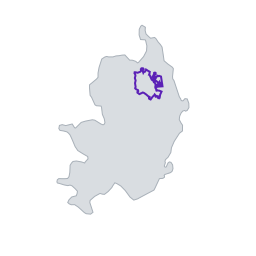 Switzerland, with Fribourg highlighted, rotated 121°
{"feature_id": "CHE-3421", "entity_name": "Fribourg", "entity_type": "Canton", "adm_level": 1, "iso_a3": "CHE", "parent_name": "Switzerland", "parent_adm1": "", "projection": "albers", "projection_center": [7.007, 46.724], "detail": "medium", "context": "in_parent", "style": "outline", "palette": "violet", "viewbox_px": 256, "rotation_deg": 121, "n_neighbors": 0, "source": "natural_earth", "source_scale": "10m", "svg_char_len": 3997}
<svg xmlns="http://www.w3.org/2000/svg" viewBox="0 0 256 256"><g transform="rotate(121 128 128)"><path d="M182.4,82.5L183.7,83.2L186.8,85.9L186.2,90.6L183.0,98.2L181.4,104.3L181.4,109.0L181.8,111.1L182.4,111.1L185.7,111.3L187.4,111.2L192.7,112.3L197.0,114.0L197.9,115.9L198.5,118.3L203.7,121.3L209.5,123.2L211.5,122.4L218.3,114.6L221.1,115.7L223.0,119.7L223.0,121.8L221.4,129.9L221.2,134.3L223.0,137.1L223.3,139.3L222.9,141.3L220.0,141.6L216.1,140.7L212.7,137.4L210.3,137.9L208.2,138.8L207.2,142.2L206.4,146.2L206.8,148.3L208.4,149.9L209.7,153.5L210.8,158.1L211.5,160.2L210.8,161.2L208.8,161.9L207.1,161.3L203.9,155.9L202.4,153.8L200.1,153.5L196.0,155.0L189.8,158.4L187.2,158.4L185.0,157.9L182.9,155.3L181.0,150.3L180.3,147.1L179.1,147.2L175.1,146.4L173.2,147.8L173.3,153.0L173.2,159.4L171.2,163.7L165.8,171.1L163.7,174.3L163.0,176.6L162.8,178.5L163.8,181.9L165.1,185.1L164.1,187.0L161.1,188.1L159.0,186.1L158.0,182.6L153.3,177.9L155.3,173.9L155.0,172.9L147.3,171.0L144.0,168.0L139.3,162.8L138.4,160.5L138.5,153.1L138.2,151.3L137.5,150.4L135.3,150.5L132.3,153.1L129.5,157.0L123.7,161.5L123.1,162.4L125.2,166.6L125.1,168.3L120.4,175.1L119.5,177.3L113.5,181.6L110.8,183.2L102.3,180.2L100.0,179.8L96.3,182.0L91.0,184.0L82.4,186.0L79.2,184.5L77.7,183.2L77.0,181.1L74.8,177.5L72.4,175.4L70.7,173.0L68.5,170.5L67.0,168.3L69.0,161.5L67.6,159.1L66.9,155.7L67.3,153.4L66.5,152.8L58.8,151.4L52.4,151.8L47.9,154.1L44.1,157.8L43.6,158.6L43.9,159.3L45.7,162.8L42.5,166.4L37.6,169.2L34.2,169.5L32.7,168.9L32.7,165.0L35.5,163.6L38.1,161.0L39.0,157.4L39.4,154.9L36.7,151.8L37.1,149.9L38.8,146.4L39.8,143.2L41.1,140.5L46.4,136.1L51.8,131.7L52.6,126.9L53.1,121.1L53.8,119.7L61.0,116.3L62.8,115.0L63.7,113.0L69.3,106.5L74.8,100.1L75.9,97.9L76.9,96.7L76.9,95.6L76.2,94.8L73.5,94.3L72.6,92.2L75.5,88.6L79.1,86.3L82.5,86.3L83.9,87.3L83.8,88.5L85.3,89.8L88.0,90.2L91.2,89.8L94.4,88.4L96.4,85.1L97.5,82.7L102.5,79.8L106.0,81.2L115.6,81.5L122.5,80.6L126.9,78.7L132.3,78.6L135.9,79.6L136.6,79.4L137.6,79.1L138.5,78.1L141.9,77.3L142.4,76.5L142.2,75.6L141.6,75.2L137.4,75.7L135.8,75.1L135.3,73.5L136.6,70.8L139.7,68.5L142.3,67.9L144.2,68.5L148.9,72.5L150.0,72.6L150.6,71.8L151.6,71.4L153.2,72.2L155.0,74.7L155.3,75.0L165.6,73.9L167.9,73.8L175.0,78.1L182.4,82.5Z" fill="#d9dde1" stroke="#a8b0b8" stroke-width="1"/><path d="M85.9,116.4L86.5,116.6L86.5,117.1L86.8,117.5L86.3,118.3L85.4,118.8L85.8,119.7L86.0,121.0L85.5,122.4L86.3,122.4L88.5,123.0L91.9,123.3L92.1,124.7L91.9,125.2L91.2,125.7L90.5,125.3L90.2,125.5L90.4,126.6L90.3,127.5L89.9,129.6L89.7,132.2L89.8,133.1L90.1,133.8L91.2,134.3L91.9,135.0L92.3,135.1L93.1,135.7L92.8,137.7L92.9,137.9L92.4,138.5L91.1,138.2L90.4,138.9L90.6,140.7L90.4,142.1L90.2,142.4L88.9,142.6L85.9,145.1L83.4,145.9L81.6,147.9L79.4,148.5L78.2,149.6L77.8,150.6L76.8,151.0L76.3,150.1L75.7,148.2L73.4,146.4L72.3,146.2L71.0,147.3L69.9,147.2L69.4,146.5L69.1,145.7L69.5,144.9L70.5,144.9L71.1,145.3L72.8,143.3L72.0,143.3L70.9,142.4L69.8,142.6L69.2,142.4L68.6,142.6L68.6,141.5L68.7,141.2L68.6,139.1L68.7,138.2L69.2,138.2L69.9,137.7L71.4,137.4L71.3,137.2L71.6,136.5L74.3,132.7L74.4,132.2L73.5,131.8L73.5,131.5L74.2,131.2L75.5,129.3L75.4,128.5L75.7,127.8L76.7,126.7L76.9,126.3L76.6,126.3L76.3,125.9L76.2,125.1L76.4,124.6L76.2,124.0L75.7,124.1L75.4,124.5L72.9,121.2L74.5,119.9L77.4,124.0L77.9,124.3L78.5,125.2L78.6,125.8L79.3,125.4L79.7,124.9L80.4,123.1L80.9,123.3L81.3,122.8L80.8,122.3L79.9,120.5L79.5,118.0L82.9,117.6L85.9,116.4ZM71.5,122.4L73.6,124.6L73.3,124.4L72.6,124.9L73.3,125.0L73.9,125.6L73.3,126.8L73.1,128.5L73.5,128.6L73.9,128.7L73.4,129.9L72.8,130.2L72.0,130.2L71.2,129.8L69.8,130.2L68.1,129.6L68.3,129.0L67.3,128.3L66.9,126.2L71.5,122.4ZM70.9,130.7L71.3,131.2L71.9,131.5L72.1,132.0L71.6,133.1L71.0,133.5L69.8,133.0L69.0,133.5L68.3,133.6L68.2,133.3L69.4,132.6L70.9,130.7ZM67.5,132.0L68.0,132.2L68.0,133.2L67.2,134.0L67.0,133.9L66.5,133.0L66.6,132.7L66.9,132.7L67.5,132.0ZM86.9,120.3L86.9,120.5L86.6,120.7L86.4,120.8L86.2,120.4L86.9,120.3Z" fill="none" stroke="#5b21b6" stroke-width="2"/></g></svg>